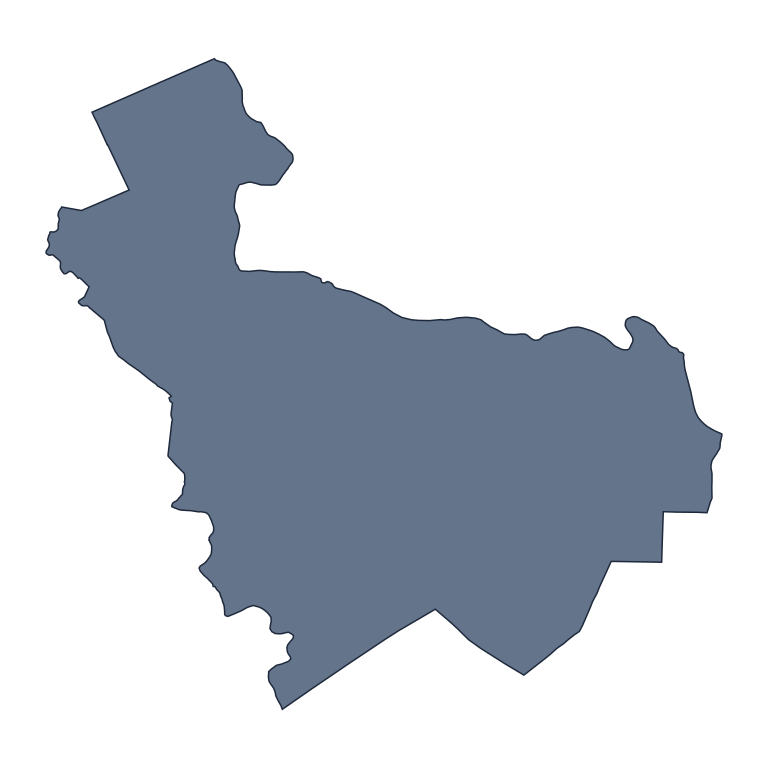 Cocorastii Colt, Prahova, Romania (Robinson projection)
{"feature_id": "2599482B14880715488438", "entity_name": "Cocorastii Colt", "entity_type": "district", "adm_level": 2, "iso_a3": "ROU", "parent_name": "Romania", "parent_adm1": "Prahova", "projection": "robinson", "projection_center": [25.886, 44.846], "detail": "fine", "context": "isolated", "style": "filled", "palette": "slate", "viewbox_px": 768, "rotation_deg": 0, "n_neighbors": 0, "source": "geoboundaries", "source_scale": "gbopen_adm2", "svg_char_len": 6027}
<svg xmlns="http://www.w3.org/2000/svg" viewBox="0 0 768 768"><path d="M282.3,709.3L311.5,689.0L348.4,663.9L385.2,639.3L398.3,630.9L435.3,609.2L451.8,623.4L458.0,629.2L468.5,639.6L480.6,648.3L505.0,663.8L523.9,675.1L545.9,657.9L550.6,654.0L556.3,648.9L557.9,647.6L563.7,643.6L567.7,640.1L573.8,635.2L579.4,631.4L582.5,625.5L590.3,607.4L592.6,601.5L596.9,593.5L599.6,586.7L611.2,561.4L661.7,562.2L662.2,543.9L663.3,511.7L676.5,512.1L697.0,512.3L707.0,512.7L710.4,501.9L712.0,498.2L711.8,486.7L712.0,480.9L712.0,473.7L711.4,470.0L711.1,469.0L711.0,466.9L711.0,465.3L712.0,460.8L713.3,458.5L716.9,453.3L717.8,451.6L719.2,449.4L719.9,447.9L720.3,442.5L721.0,439.3L721.9,435.4L721.8,433.9L715.3,431.1L710.9,428.7L707.1,426.4L704.3,424.1L701.6,421.5L698.3,417.7L695.8,412.9L694.3,408.2L693.5,405.1L690.8,391.7L685.9,373.0L685.2,370.2L684.5,366.6L684.1,361.3L683.6,358.6L683.6,358.0L683.4,357.1L683.8,354.9L683.6,354.2L682.8,353.2L682.1,352.6L680.7,352.4L679.6,352.1L679.0,351.7L678.6,351.1L678.1,349.9L677.2,349.0L676.1,348.3L673.6,347.6L671.4,346.6L668.7,344.5L664.7,339.2L657.2,331.1L655.2,327.7L653.8,326.1L651.9,324.8L649.1,323.1L641.6,319.5L638.1,317.4L635.3,316.7L632.9,316.7L630.0,317.7L627.5,318.8L626.1,320.3L625.4,322.7L625.2,325.6L626.1,327.8L627.4,329.9L629.9,333.0L632.2,336.9L632.9,338.9L632.9,340.5L632.4,342.4L629.5,348.4L628.7,349.3L627.3,349.8L623.7,349.8L620.3,348.8L619.2,348.1L616.3,346.8L614.5,345.8L612.6,344.1L609.9,341.4L604.6,337.3L598.6,334.0L593.7,331.7L589.9,330.3L582.9,328.1L580.4,327.5L577.5,327.1L571.3,327.5L567.8,328.2L563.2,329.9L558.2,331.4L553.7,332.4L549.3,333.7L544.3,335.4L540.4,338.8L538.5,339.9L536.4,340.2L534.9,340.2L533.7,339.9L531.5,338.7L527.2,335.2L525.0,334.1L521.0,334.0L515.0,334.6L508.3,334.4L504.3,333.9L499.2,331.1L497.6,330.1L490.7,326.9L483.7,322.0L481.2,319.9L475.9,318.2L469.3,317.5L465.7,317.3L457.4,317.9L450.2,319.5L444.4,320.0L440.6,319.6L429.7,320.6L418.8,320.4L411.7,319.8L402.0,317.5L393.2,312.9L385.7,307.4L379.8,304.0L362.2,296.3L355.6,293.3L351.1,291.5L343.1,289.9L336.1,288.1L334.4,287.0L333.5,286.0L332.5,284.2L331.7,283.4L329.8,282.4L328.6,281.9L327.1,281.6L324.8,282.8L323.7,282.9L322.2,282.6L321.6,282.0L321.2,280.9L320.9,279.1L320.4,278.6L318.7,277.7L311.8,275.5L307.1,272.9L304.6,272.1L303.0,271.8L294.7,272.0L275.3,271.9L270.4,271.6L262.1,270.5L258.5,270.4L249.4,271.4L241.9,271.0L240.2,270.5L238.9,269.0L237.9,266.3L236.1,263.8L235.3,261.5L235.2,259.3L234.6,257.0L234.2,253.3L235.0,245.9L235.7,243.1L237.4,237.8L238.3,234.3L239.7,226.1L239.4,224.0L238.2,220.1L237.3,216.0L235.2,211.4L234.4,208.0L234.2,206.2L235.2,196.1L235.9,191.9L238.9,185.2L239.9,184.5L242.2,184.0L247.9,182.3L250.8,182.1L257.1,183.7L260.4,184.8L263.6,185.0L270.9,185.1L275.1,184.6L276.7,183.6L278.8,181.2L279.8,179.8L282.9,174.9L284.7,172.8L286.4,170.2L287.8,168.8L288.1,168.0L288.7,166.9L292.1,162.5L292.5,161.8L292.8,160.5L293.0,159.4L293.0,158.0L292.5,154.7L291.7,153.5L290.7,152.3L290.1,151.9L287.2,149.1L286.0,147.8L285.0,146.4L282.2,143.7L279.7,141.5L275.0,137.9L273.4,137.2L270.7,136.3L268.3,134.9L267.2,133.7L265.5,131.0L263.2,126.1L260.9,122.5L256.5,121.6L251.5,118.7L249.9,117.5L247.2,114.8L246.3,113.6L245.3,111.8L242.8,104.9L242.4,102.8L242.2,101.5L242.3,99.1L242.1,90.3L241.6,88.7L240.3,85.9L234.1,74.2L232.7,71.8L230.4,68.7L227.6,65.4L225.3,63.2L223.9,62.6L219.6,61.5L215.8,60.2L214.4,58.7L160.4,82.2L92.0,112.2L94.5,117.6L96.9,122.2L107.4,145.1L107.7,144.9L129.1,190.0L81.5,210.5L61.7,207.0L61.3,207.8L59.6,210.2L58.5,212.2L58.0,215.6L59.0,218.0L59.3,219.1L59.2,219.9L58.3,223.6L58.2,225.9L58.3,227.3L58.2,228.5L58.0,229.1L57.3,230.1L56.1,231.1L54.9,231.7L53.9,232.0L51.2,231.9L50.4,231.9L50.1,232.1L49.6,234.0L48.5,236.1L48.4,237.4L47.7,239.2L47.9,240.6L49.1,243.2L49.4,245.0L48.8,247.2L46.3,251.0L46.1,251.8L46.1,252.8L46.3,253.4L47.1,254.1L48.7,255.1L50.3,255.2L52.1,254.7L53.0,255.0L59.7,260.7L60.4,262.0L60.5,262.6L60.5,264.1L60.3,266.5L60.3,267.7L60.5,268.5L61.4,270.4L63.7,273.4L64.5,273.8L65.4,273.8L66.6,273.3L68.7,271.8L69.4,271.5L70.9,271.4L71.3,271.6L73.2,272.9L77.0,276.9L78.1,278.3L79.5,277.9L79.9,278.0L82.2,280.0L89.1,286.8L84.4,296.9L82.2,298.5L79.4,300.3L78.8,301.2L78.5,301.4L78.6,302.3L78.9,303.1L81.6,305.4L82.4,305.7L84.8,305.8L86.8,305.6L88.2,306.3L89.9,308.2L91.8,309.4L92.2,310.0L102.9,319.0L104.3,320.3L106.8,330.0L107.6,332.7L109.2,336.0L113.1,347.0L115.1,351.2L118.6,356.2L124.1,360.1L128.4,363.6L139.3,371.1L148.3,378.5L152.8,381.9L155.4,383.6L157.9,386.2L163.7,389.4L165.7,390.9L168.7,393.6L171.4,396.2L169.0,397.9L170.1,401.3L172.4,403.0L171.1,413.2L171.0,415.1L171.4,416.7L172.3,419.1L172.3,420.3L171.8,422.3L168.0,455.2L168.2,456.3L175.4,464.4L184.3,473.5L184.7,475.9L184.8,478.1L184.7,480.5L184.3,482.0L185.0,483.5L184.8,484.4L183.6,486.5L182.8,488.9L182.6,490.6L182.5,493.3L182.2,494.7L180.6,496.1L180.4,496.6L179.9,497.2L179.0,497.8L178.2,499.2L177.0,500.4L176.0,501.1L173.3,502.5L172.5,503.5L171.7,505.9L171.9,506.7L174.6,507.9L179.0,509.6L181.3,510.1L191.1,510.7L198.9,511.9L200.4,511.7L204.6,512.3L206.9,513.2L208.9,515.1L211.7,521.2L213.6,526.8L213.7,530.0L213.1,532.5L210.6,535.4L209.2,537.4L209.0,539.8L209.2,539.7L209.7,541.6L211.5,545.3L211.7,548.2L211.6,551.1L211.1,554.3L209.5,557.1L206.7,561.0L204.3,563.4L200.3,566.0L199.1,568.0L200.2,571.1L203.8,575.2L207.4,578.4L212.6,583.8L213.2,586.5L214.9,586.5L216.8,589.6L219.7,592.7L220.8,596.7L221.3,597.5L222.2,599.3L222.0,599.1L222.6,601.6L224.1,605.6L224.6,610.9L224.7,614.6L225.6,615.7L228.0,616.4L236.7,612.8L241.6,610.6L247.5,607.3L253.3,605.5L259.2,607.1L262.1,608.5L265.3,610.8L268.1,613.4L271.0,617.2L271.2,621.5L270.5,624.7L270.0,628.7L271.9,631.7L275.1,633.5L278.4,633.8L281.8,633.7L285.3,632.8L288.4,632.2L291.0,633.6L293.4,635.3L293.3,637.5L292.1,639.6L290.2,641.6L287.8,644.7L286.9,647.5L287.3,651.6L288.4,654.1L290.3,656.7L290.8,658.7L288.6,661.3L281.4,664.1L276.4,665.3L271.2,669.2L268.7,671.5L268.4,677.0L269.0,681.2L270.8,684.2L273.5,688.0L275.0,691.6L275.9,696.1L278.8,701.9L280.9,705.5L282.3,709.3Z" fill="#64748b" stroke="#1e293b" stroke-width="1.5"/></svg>